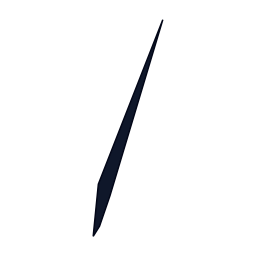 the border of Manihiki, rotated 238°
{"feature_id": "COK-4961", "entity_name": "Manihiki", "entity_type": "state/province", "adm_level": 1, "iso_a3": "COK", "parent_name": "Cook Islands", "parent_adm1": "", "projection": "equal_earth", "projection_center": [-160.98, -10.397], "detail": "fine", "context": "isolated", "style": "filled", "palette": "ink", "viewbox_px": 256, "rotation_deg": 238, "n_neighbors": 0, "source": "natural_earth", "source_scale": "10m", "svg_char_len": 233}
<svg xmlns="http://www.w3.org/2000/svg" viewBox="0 0 256 256"><g transform="rotate(238 128 128)"><path d="M80.2,76.9L59.8,51.8L54.6,41.1L96.1,73.1L201.4,214.9L80.2,76.9Z" fill="#0f172a" stroke="#020617" stroke-width="1.5"/></g></svg>